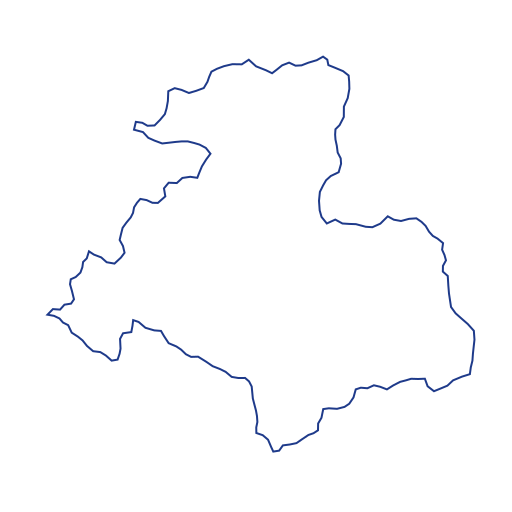 Coqueiral, Minas Gerais, Brazil (Mercator projection), rotated 86°
{"feature_id": "56859067B68228561117509", "entity_name": "Coqueiral", "entity_type": "district", "adm_level": 2, "iso_a3": "BRA", "parent_name": "Brazil", "parent_adm1": "Minas Gerais", "projection": "mercator", "projection_center": [-45.418, -21.178], "detail": "fine", "context": "isolated", "style": "outline", "palette": "blue", "viewbox_px": 512, "rotation_deg": 86, "n_neighbors": 0, "source": "geoboundaries", "source_scale": "gbopen_adm2", "svg_char_len": 2989}
<svg xmlns="http://www.w3.org/2000/svg" viewBox="0 0 512 512"><g transform="rotate(86 256 256)"><path d="M298.8,66.2L289.3,66.1L284.6,70.7L278.9,70.2L273.6,66.8L268.2,67.9L262.7,69.9L256.2,68.5L251.3,73.7L248.3,78.2L243.8,81.7L237.8,84.7L233.5,88.5L229.6,93.4L229.6,100.7L231.2,108.9L229.4,116.0L225.6,121.8L232.4,129.7L235.4,137.9L234.5,144.5L231.2,154.1L230.5,160.8L229.6,167.5L225.2,174.4L228.5,183.1L221.6,187.9L214.9,189.3L205.3,189.3L196.5,187.8L190.2,184.1L185.3,180.8L181.4,175.8L178.2,167.7L169.9,164.7L164.5,164.7L158.5,167.3L151.7,167.7L145.4,168.6L140.4,168.6L135.1,167.9L131.3,163.5L123.4,158.7L113.1,157.9L104.9,153.5L95.8,151.2L88.7,150.9L82.4,151.0L77.7,156.2L73.6,164.3L70.6,170.5L65.1,171.2L61.8,175.2L64.9,181.7L66.8,190.2L69.0,197.3L68.9,203.3L65.4,209.5L67.6,216.6L71.7,222.5L74.8,227.2L71.4,233.1L66.8,242.7L59.7,249.5L63.8,256.8L63.0,266.2L64.4,274.7L66.5,281.8L69.0,287.6L74.0,290.2L78.9,292.3L84.8,296.4L87.1,304.3L88.7,311.6L85.1,318.7L82.9,325.4L85.5,332.0L95.3,333.1L102.4,334.9L108.1,337.0L113.6,342.3L118.7,348.1L118.5,355.2L115.2,360.1L113.8,366.5L121.5,368.9L124.5,360.1L130.6,355.2L133.8,349.2L137.2,341.7L136.9,334.6L136.6,328.4L136.5,322.5L136.9,316.1L139.0,309.7L140.9,304.6L144.7,298.5L150.8,294.3L156.3,299.0L162.8,303.7L169.2,306.9L173.9,309.1L172.4,316.1L173.0,324.0L177.7,329.9L176.8,338.0L182.1,343.1L190.2,342.3L196.2,350.2L195.7,355.6L192.6,361.2L191.0,367.4L194.6,371.0L198.9,374.2L204.5,375.7L208.8,378.3L213.7,383.0L218.6,387.1L225.0,389.2L230.5,390.9L236.8,388.0L243.6,386.9L248.2,390.9L253.7,397.7L251.8,405.4L246.6,410.5L243.3,417.6L239.7,422.3L246.6,425.0L249.9,428.9L255.1,430.0L260.3,432.3L264.4,437.3L266.3,442.4L271.2,443.5L278.3,442.0L286.5,440.6L290.6,443.8L291.2,450.5L295.8,455.2L294.8,462.3L300.0,468.1L301.6,461.7L304.6,456.4L308.9,453.2L311.9,448.2L319.6,445.2L324.1,439.2L328.1,434.9L333.9,430.9L339.6,425.1L341.0,418.0L344.8,412.7L350.3,407.3L349.7,401.3L344.0,398.9L339.0,397.6L329.2,397.4L323.8,394.0L323.2,385.7L317.1,384.1L311.4,383.0L313.6,377.7L319.9,371.3L323.1,362.7L324.1,356.0L329.4,353.4L336.9,349.2L340.7,341.7L344.2,337.2L349.1,332.8L352.1,327.8L352.4,320.8L357.9,313.2L362.9,306.9L366.2,299.9L369.5,294.3L374.9,288.7L376.5,282.1L376.9,275.4L380.6,271.7L385.9,269.4L397.9,269.1L403.9,268.0L410.2,266.8L415.7,266.2L421.7,266.2L427.0,267.7L432.6,268.0L435.2,261.8L440.1,256.8L447.6,254.2L452.3,252.4L451.8,246.5L446.8,242.4L446.4,235.5L445.5,228.7L442.0,222.8L438.2,216.2L436.8,211.0L434.2,206.3L427.4,205.7L422.0,202.0L413.4,199.6L413.0,194.0L414.1,185.8L412.7,178.2L409.9,173.3L403.9,168.6L396.0,165.8L394.7,160.6L395.7,154.1L393.2,147.4L395.1,141.3L398.2,134.7L394.7,128.2L391.6,121.0L390.5,115.1L389.3,109.8L390.0,102.9L390.2,96.1L397.9,93.9L403.3,87.9L400.9,80.6L398.7,74.1L393.8,68.1L390.7,58.9L388.8,50.9L382.1,49.5L375.5,47.4L368.5,46.4L362.4,45.3L354.7,43.9L345.8,43.9L338.6,49.5L332.8,55.3L327.1,60.9L320.5,65.0L314.4,65.5L306.8,66.1L298.8,66.2Z" fill="none" stroke="#1e3a8a" stroke-width="2"/></g></svg>